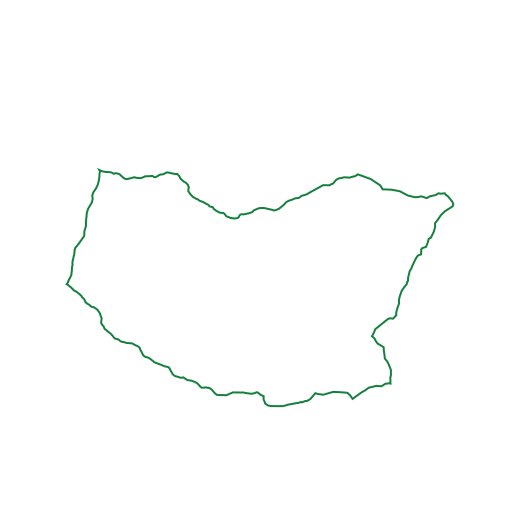 outline of Gasetsho Om, Wangdi Phodrang, Bhutan, rotated 208°
{"feature_id": "84629894B49729691627906", "entity_name": "Gasetsho Om", "entity_type": "district", "adm_level": 2, "iso_a3": "BTN", "parent_name": "Bhutan", "parent_adm1": "Wangdi Phodrang", "projection": "mercator", "projection_center": [89.831, 27.343], "detail": "fine", "context": "isolated", "style": "outline", "palette": "green", "viewbox_px": 512, "rotation_deg": 208, "n_neighbors": 0, "source": "geoboundaries", "source_scale": "gbopen_adm2", "svg_char_len": 6136}
<svg xmlns="http://www.w3.org/2000/svg" viewBox="0 0 512 512"><g transform="rotate(208 256 256)"><path d="M434.6,258.3L433.6,257.7L432.4,254.3L431.0,251.2L429.9,247.8L429.1,244.2L429.0,240.4L429.5,235.9L429.0,232.5L427.1,229.9L426.1,226.4L426.2,222.9L426.4,218.9L425.7,214.8L425.3,214.0L425.0,212.9L424.2,211.6L423.9,210.5L423.5,209.3L422.8,207.9L422.3,206.7L421.8,205.6L420.3,202.9L420.0,201.6L419.6,199.3L419.1,197.2L418.8,196.3L418.2,195.4L417.7,194.4L417.2,193.2L417.2,192.2L417.6,189.3L417.6,188.2L417.9,187.5L417.9,186.6L418.1,185.3L418.1,184.2L418.5,183.1L418.6,182.2L418.7,181.0L419.1,179.7L419.4,178.5L419.1,177.3L419.1,176.3L418.4,175.2L418.0,173.8L417.5,172.8L417.1,171.6L416.9,170.4L416.5,169.2L416.1,167.6L415.8,166.5L415.5,165.4L415.1,164.2L414.5,163.1L413.9,162.3L413.5,160.7L412.8,159.0L412.5,158.1L412.1,157.3L411.7,156.6L411.3,155.8L411.2,154.9L410.7,154.0L410.3,153.3L410.0,150.3L410.0,147.1L409.7,143.7L409.9,142.2L408.0,142.2L406.6,141.8L405.0,141.5L403.3,141.0L402.5,140.8L401.1,140.3L400.3,140.0L399.7,140.2L398.9,140.2L397.5,140.1L394.0,139.5L392.5,139.1L391.6,138.9L389.8,137.8L387.9,137.4L386.1,136.3L385.4,135.8L385.0,135.2L383.7,134.9L382.5,134.7L380.1,134.6L378.5,134.1L377.8,134.0L376.7,134.2L375.5,134.5L374.9,134.6L374.2,134.5L372.6,134.4L371.9,134.3L370.5,134.0L369.3,133.3L367.8,132.6L366.8,132.0L365.9,131.1L365.3,130.4L364.3,129.7L363.5,129.1L362.9,128.2L362.2,126.4L361.8,125.3L361.4,124.4L361.0,123.9L360.3,123.5L359.1,122.9L358.5,122.7L357.4,122.3L356.5,121.5L356.0,121.0L355.0,120.5L353.3,120.3L352.1,120.0L351.1,119.7L350.0,119.5L348.4,119.3L346.9,118.9L346.2,118.6L345.3,118.3L344.6,118.0L343.8,117.6L342.4,117.0L341.7,116.9L340.2,117.4L339.2,117.6L337.7,117.6L336.7,117.4L336.1,117.2L334.6,117.2L334.0,117.3L332.1,118.0L329.7,118.4L328.6,118.8L327.4,119.4L326.3,119.8L325.2,120.4L323.9,120.7L322.2,120.6L320.8,120.6L319.5,120.7L318.2,120.9L315.6,120.3L313.8,118.6L312.2,117.7L309.6,115.8L308.1,115.1L306.0,115.0L304.7,115.5L301.5,115.6L295.8,114.5L293.7,114.7L288.4,115.4L284.4,115.8L282.7,116.4L281.0,116.7L279.2,116.0L278.3,115.2L275.7,113.6L274.1,112.5L271.7,112.0L271.1,112.0L268.4,112.6L265.7,113.1L264.8,113.4L263.2,114.7L258.5,114.2L254.5,115.6L250.9,116.1L248.3,116.1L244.8,114.9L243.6,114.4L242.1,114.3L240.2,115.3L238.4,116.6L237.4,116.7L236.3,117.3L235.7,117.5L233.7,117.5L231.6,117.0L228.5,115.7L225.6,115.0L223.1,116.0L220.3,117.5L217.0,119.0L215.3,121.0L212.4,124.7L204.8,128.6L203.3,129.5L200.4,130.3L198.0,131.2L195.2,132.3L192.8,134.3L191.5,136.0L190.1,136.3L187.5,135.7L184.3,135.7L183.4,135.8L182.0,132.9L179.6,131.1L178.6,130.0L175.9,129.7L174.0,130.0L172.7,130.3L171.4,131.0L167.9,132.8L161.7,136.1L159.8,137.9L157.8,139.9L156.7,140.7L156.2,141.1L155.5,141.7L152.1,144.4L151.3,145.0L149.4,146.4L147.8,148.2L146.7,148.3L144.6,150.9L142.9,152.0L140.9,155.1L139.2,162.7L137.7,163.0L137.0,163.1L134.7,163.9L131.5,165.1L124.1,172.2L118.3,175.0L113.3,177.2L112.7,177.5L110.9,178.1L107.4,177.1L103.7,175.2L98.7,185.3L96.9,188.0L94.5,192.8L91.1,195.7L88.7,197.9L87.4,198.4L84.0,199.9L81.8,203.9L78.4,206.3L77.4,206.5L80.4,211.9L80.8,213.9L83.4,218.7L87.8,222.5L90.5,224.4L94.2,226.0L95.7,228.4L98.8,232.6L100.5,235.4L103.6,235.6L107.6,235.8L110.4,237.2L112.8,238.9L115.9,239.6L115.9,243.4L116.3,247.6L114.8,250.9L112.4,256.6L110.0,262.1L108.5,263.9L105.6,265.0L104.8,267.9L104.3,269.4L105.7,272.0L106.5,275.3L107.0,278.6L107.4,281.3L109.2,284.3L110.1,287.8L111.0,293.5L110.5,297.9L109.7,301.9L110.3,303.8L110.1,305.4L111.6,308.5L112.3,311.3L113.2,314.8L113.0,317.7L113.4,321.4L113.7,328.4L113.4,331.9L112.8,333.0L111.0,335.0L111.3,335.6L113.2,339.4L113.0,340.9L110.2,343.8L110.6,348.0L111.5,352.4L110.2,354.3L110.4,360.5L111.3,365.4L113.3,369.0L112.4,374.0L112.0,378.6L110.1,384.4L108.1,387.9L105.7,392.1L106.1,394.1L106.4,394.7L108.2,396.1L110.9,397.3L114.3,398.7L117.5,399.3L118.7,400.0L122.4,397.6L124.3,397.0L125.9,394.3L128.4,392.1L130.2,390.7L132.4,387.3L138.2,386.2L141.0,383.8L143.3,382.5L150.2,380.7L159.4,380.7L167.4,378.2L175.5,374.3L179.4,376.7L190.9,377.8L204.4,375.9L205.9,373.1L208.8,370.6L210.1,369.1L212.6,368.1L215.2,366.8L217.1,365.1L219.6,363.1L220.9,361.0L221.5,358.5L221.9,356.2L223.2,354.8L224.3,352.9L227.2,351.5L230.1,350.0L231.4,347.9L236.9,339.5L240.3,334.1L243.9,330.6L245.3,327.6L248.7,325.1L250.6,322.6L252.9,320.3L254.6,317.8L255.5,314.1L258.0,308.3L260.1,305.8L261.4,304.7L263.5,304.3L266.6,303.5L268.7,302.9L271.3,302.2L274.4,300.6L276.1,299.3L279.4,295.3L279.6,294.2L279.7,293.6L280.1,292.8L282.4,290.3L283.2,289.7L284.8,288.3L286.4,287.0L287.2,286.6L288.3,286.1L289.1,285.4L289.5,284.4L289.5,282.4L290.0,281.0L290.4,280.6L291.5,279.8L293.1,278.8L296.6,277.6L297.3,277.6L300.4,277.2L301.2,277.3L303.5,278.4L304.4,278.6L305.3,278.5L306.1,278.2L306.7,277.9L308.2,277.3L309.2,277.2L311.1,277.3L312.6,277.2L313.7,277.6L315.6,277.7L316.6,278.6L317.2,278.8L317.8,278.7L319.7,278.1L320.3,278.1L320.9,278.2L321.6,278.6L322.4,278.8L324.7,278.7L327.3,278.8L329.1,278.7L329.9,278.6L330.6,278.4L331.7,278.3L332.6,278.4L334.0,278.7L334.8,278.6L336.0,278.4L336.7,278.4L337.4,278.6L338.9,278.5L339.7,278.6L342.2,279.5L343.5,280.0L346.1,281.4L347.1,283.4L347.3,284.2L347.6,285.2L348.4,285.7L349.3,286.7L349.9,287.0L351.1,287.4L352.1,287.7L353.3,287.8L355.0,287.8L355.9,288.1L358.6,288.7L359.5,289.3L360.4,289.9L361.6,290.6L362.4,290.9L364.0,291.5L365.0,290.8L367.0,290.1L369.1,289.5L369.9,289.2L370.5,289.0L371.6,288.9L373.9,288.0L375.1,286.4L375.6,285.5L376.1,284.9L376.9,284.1L377.6,283.8L378.0,283.4L379.0,282.7L379.6,281.8L380.1,280.8L380.9,279.6L381.3,279.0L381.8,278.5L382.4,278.0L383.0,277.8L383.8,278.0L384.5,278.1L385.6,277.8L387.0,276.8L387.6,276.4L388.5,275.9L391.3,274.3L392.9,272.2L394.0,270.9L394.6,270.5L395.2,270.2L395.9,270.0L397.8,269.1L398.9,268.7L400.3,268.5L401.4,267.5L401.9,267.1L402.5,266.4L404.1,265.0L405.8,263.5L406.3,263.1L407.1,262.9L408.1,262.7L409.5,262.8L410.4,262.9L413.5,263.8L415.0,264.1L416.5,263.9L418.6,263.3L419.2,262.9L420.2,261.8L421.0,261.8L421.7,261.9L422.9,261.9L424.4,261.4L425.4,261.0L427.8,259.8L428.6,259.5L429.6,259.2L430.4,258.9L432.2,258.5L434.6,258.3Z" fill="none" stroke="#15803d" stroke-width="2"/></g></svg>